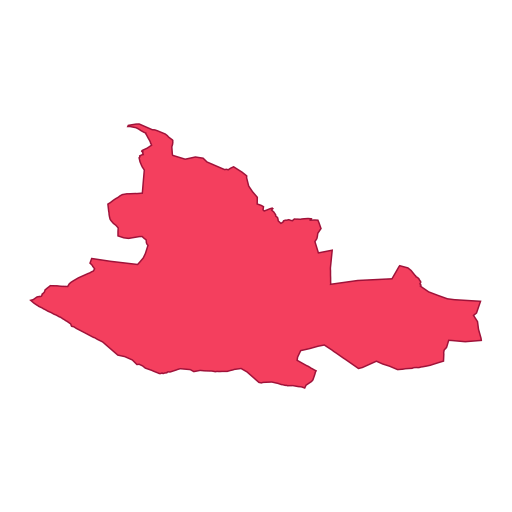 outline of Kviteseid nor, Telemark, Norway
{"feature_id": "86288312B3743055335069", "entity_name": "Kviteseid nor", "entity_type": "district", "adm_level": 2, "iso_a3": "NOR", "parent_name": "Norway", "parent_adm1": "Telemark", "projection": "robinson", "projection_center": [8.487, 59.408], "detail": "fine", "context": "isolated", "style": "filled", "palette": "rose", "viewbox_px": 512, "rotation_deg": 0, "n_neighbors": 0, "source": "geoboundaries", "source_scale": "gbopen_adm2", "svg_char_len": 5904}
<svg xmlns="http://www.w3.org/2000/svg" viewBox="0 0 512 512"><path d="M159.2,373.5L160.1,373.6L160.5,373.5L160.8,373.5L161.8,373.1L162.1,373.1L162.3,373.1L162.6,373.4L163.4,373.5L164.3,373.1L164.7,373.0L166.8,372.8L167.1,372.5L167.2,372.2L167.4,372.1L168.2,371.8L169.2,372.0L169.8,371.9L170.4,371.9L176.5,369.9L177.4,369.5L180.2,368.7L190.3,369.6L193.8,371.6L200.1,370.4L204.3,370.8L210.2,371.0L211.4,371.0L212.9,371.2L215.3,371.7L216.3,371.5L217.5,371.4L218.4,371.5L220.4,371.5L221.9,371.4L227.2,371.4L230.3,370.5L232.9,369.9L234.3,369.4L241.1,368.5L247.0,371.9L258.9,382.4L261.4,382.9L263.0,382.4L271.8,382.0L276.1,383.0L277.7,383.3L281.5,384.6L282.7,384.7L285.4,385.4L286.2,385.3L287.5,385.7L293.0,385.6L298.3,386.6L301.0,386.8L301.9,387.0L304.7,388.0L305.5,386.3L306.0,385.2L309.1,383.1L309.4,382.9L311.5,381.5L312.9,379.9L314.3,375.9L315.1,373.4L315.2,372.6L316.1,370.8L314.6,370.1L312.0,368.6L310.9,368.1L310.0,367.4L307.8,366.1L306.7,365.7L297.1,360.3L297.6,357.1L300.7,350.6L309.6,348.6L318.1,346.2L324.3,345.0L332.2,350.2L333.7,351.4L336.3,353.1L343.7,358.3L345.3,359.3L358.5,368.5L362.4,367.5L376.4,361.2L382.7,364.0L389.6,366.2L397.6,369.6L402.7,369.2L405.5,368.7L412.1,368.3L412.7,368.0L414.1,367.6L416.7,367.5L417.6,367.6L417.9,367.6L418.3,367.6L418.9,367.6L421.0,367.0L421.7,366.9L422.6,366.8L426.4,366.1L428.7,365.6L430.2,365.3L433.5,364.2L437.0,363.1L437.6,362.9L439.9,362.2L443.5,361.1L443.8,354.1L443.7,353.0L443.7,352.4L444.0,350.8L444.0,350.3L444.7,349.4L445.0,349.0L445.5,348.7L445.7,348.3L446.1,348.0L446.3,347.6L446.6,347.3L446.6,347.2L446.6,346.9L446.8,346.6L446.9,346.3L448.7,340.3L451.9,340.5L465.2,341.7L481.3,340.4L481.0,338.2L478.5,329.3L477.5,321.6L473.5,315.4L476.5,313.0L480.5,301.3L454.4,299.7L447.4,298.8L437.9,295.4L428.7,291.9L420.6,286.3L420.5,286.2L420.8,286.1L420.9,285.8L420.9,285.6L420.9,285.2L420.8,284.8L420.6,284.6L420.0,284.0L419.9,283.7L420.5,282.8L420.6,282.6L420.7,282.3L420.5,281.7L420.6,281.4L420.5,281.2L419.7,280.5L419.6,280.3L419.6,280.1L419.3,279.7L419.1,279.4L419.0,278.9L418.1,278.0L416.7,277.0L416.0,276.8L415.6,275.8L415.1,275.5L411.1,270.5L407.9,267.9L399.7,265.7L398.9,266.8L392.0,278.8L357.7,280.5L330.6,284.3L330.7,283.9L330.6,281.3L330.6,278.0L330.5,275.2L330.5,271.3L330.5,270.7L330.4,269.4L330.4,267.9L332.2,250.2L318.4,252.9L314.9,241.6L316.8,238.7L317.3,236.7L317.7,233.9L317.8,233.3L320.0,230.0L320.4,229.4L321.0,228.6L319.1,223.1L317.9,220.2L314.7,220.0L310.2,220.2L310.2,219.8L311.1,219.2L311.3,218.8L309.3,218.6L308.0,218.5L303.6,218.8L301.6,219.0L300.9,219.2L300.4,219.3L297.0,219.1L296.8,219.2L294.3,219.0L294.0,219.4L293.6,219.6L293.1,220.0L292.6,220.7L291.1,220.5L290.8,220.4L288.8,219.7L287.1,220.1L286.6,220.3L286.3,220.2L285.7,220.2L285.2,220.2L285.1,220.3L283.6,220.8L283.6,221.0L283.4,221.3L283.4,221.7L282.4,222.4L282.1,222.7L280.9,223.4L278.2,220.9L278.0,219.2L277.5,217.5L275.7,216.1L275.7,214.9L273.8,212.0L271.7,210.2L272.2,209.2L272.8,208.7L272.4,208.4L272.2,208.1L270.1,208.7L266.1,210.3L264.2,211.0L263.0,209.8L263.5,206.7L262.1,205.9L261.0,205.3L257.2,204.0L257.3,197.3L252.5,191.7L248.7,186.1L246.6,177.8L246.7,175.9L242.1,172.2L233.6,166.8L230.6,168.2L228.2,169.8L226.5,169.3L224.6,169.6L207.0,162.0L205.5,160.5L203.1,158.2L195.4,157.0L185.2,159.2L172.8,155.4L172.5,154.9L172.3,153.8L172.1,150.9L171.8,146.8L172.5,144.6L172.8,142.6L172.8,142.0L172.7,140.8L172.8,140.5L172.7,140.3L172.4,139.9L170.9,138.8L170.3,138.3L169.6,137.9L169.2,137.5L168.7,137.2L167.3,135.6L165.2,134.0L157.5,130.8L154.8,129.9L152.2,129.7L139.2,124.0L136.0,124.1L132.2,124.7L128.3,125.4L127.8,126.5L130.0,126.5L136.0,127.7L138.4,128.9L141.1,130.7L144.0,132.3L145.8,133.1L145.7,133.4L145.8,133.9L146.1,134.1L148.1,137.9L149.6,140.5L150.1,141.5L150.4,142.2L150.6,143.2L151.1,143.8L151.1,144.0L151.6,145.2L147.1,148.2L142.3,150.4L142.1,150.6L142.5,150.9L142.5,151.1L142.3,151.2L141.9,151.2L141.8,151.4L142.2,151.7L142.7,151.8L142.9,151.9L142.7,152.5L142.8,152.9L142.9,153.0L142.9,153.3L143.1,153.8L143.1,154.2L143.2,154.5L142.7,154.5L142.4,154.5L142.2,154.8L141.0,155.2L140.8,155.4L140.4,155.7L140.1,155.7L139.7,155.9L139.7,156.0L139.8,156.3L139.8,156.5L139.8,157.0L139.1,157.8L140.0,161.7L141.4,165.1L142.3,167.0L144.3,170.0L143.9,174.8L143.4,180.4L143.4,180.6L143.3,181.6L142.5,191.3L142.3,193.2L141.5,193.2L136.7,193.6L135.4,193.5L129.1,193.8L126.9,193.8L122.3,194.6L120.7,195.5L120.1,195.8L118.2,197.3L116.0,198.5L114.3,199.6L113.3,200.3L110.2,202.7L107.9,204.1L108.7,211.3L109.0,212.7L109.1,214.5L109.5,216.8L110.1,219.2L111.0,220.6L113.4,223.4L115.8,225.2L118.2,227.9L118.0,231.6L118.0,235.9L123.8,237.8L128.6,238.4L139.2,236.6L142.1,236.5L144.4,238.6L145.7,239.5L146.1,239.9L146.3,241.3L146.4,242.8L146.5,243.0L147.1,244.4L148.0,245.3L145.4,253.5L143.3,257.9L140.2,261.6L137.6,264.5L110.4,261.3L91.7,258.5L90.1,262.9L90.0,263.1L90.8,263.8L91.2,264.3L91.5,264.6L91.7,264.8L92.3,265.4L92.6,265.9L92.7,266.4L93.5,267.2L93.6,267.5L93.8,267.7L94.0,268.0L94.6,268.8L93.4,271.0L91.4,271.9L89.8,272.9L88.1,273.5L78.3,277.9L73.2,280.9L71.0,282.3L69.2,283.9L69.1,284.2L68.5,285.1L67.7,286.5L61.2,286.3L59.3,286.1L57.8,285.9L56.2,285.8L55.1,285.8L50.3,285.7L49.9,286.0L49.1,286.7L47.1,288.2L46.0,289.2L45.2,289.7L44.7,291.2L44.2,292.4L42.2,294.1L42.4,294.3L42.2,294.6L41.5,296.1L40.4,296.5L39.8,296.6L39.3,296.4L38.9,296.6L37.1,296.9L33.4,299.5L32.6,299.8L30.7,300.3L33.9,303.1L36.7,305.0L37.9,305.7L38.2,305.9L38.6,306.3L42.1,307.9L42.7,308.3L43.8,309.0L45.0,309.5L48.1,311.3L51.0,312.5L54.0,314.2L56.3,315.1L59.4,316.9L60.6,317.2L61.0,317.6L61.4,317.8L63.1,319.0L64.1,319.5L65.8,320.7L66.8,321.2L67.8,321.9L70.4,323.7L70.8,324.1L71.3,325.8L71.7,326.3L73.9,326.8L76.3,328.4L79.8,330.2L91.8,336.5L93.5,337.4L94.7,337.7L97.3,339.3L102.6,341.9L117.8,355.1L124.8,356.6L132.0,359.8L132.3,359.9L136.9,364.5L139.2,364.3L142.6,365.9L145.3,368.1L151.6,370.3L153.8,371.3L158.1,373.0L159.2,373.5Z" fill="#f43f5e" stroke="#9f1239" stroke-width="1.5"/></svg>